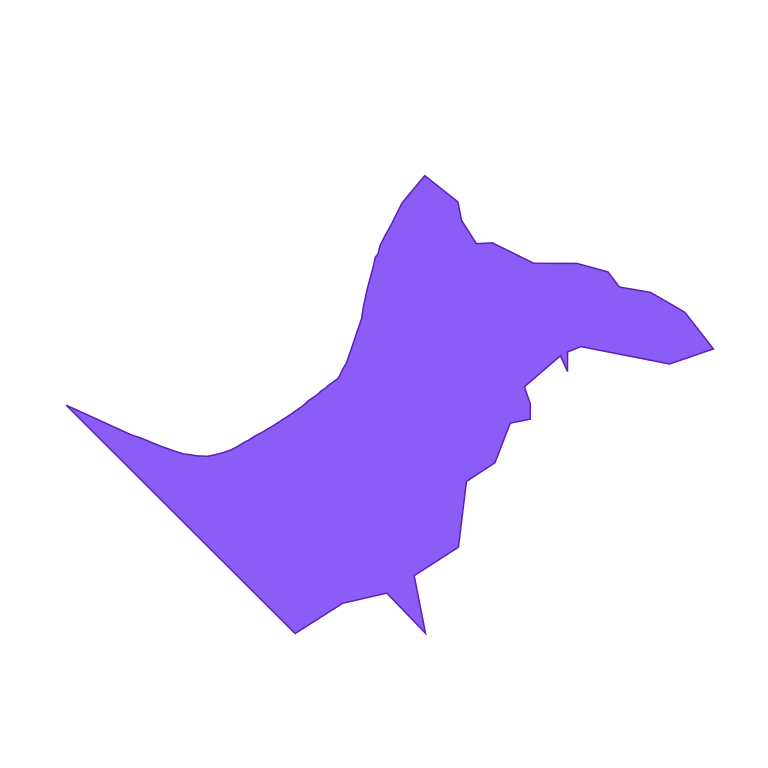 the district of Aweil North, Northern Bahr el Ghazal, South Sudan, rotated 310°
{"feature_id": "79223893B62952270667029", "entity_name": "Aweil North", "entity_type": "district", "adm_level": 2, "iso_a3": "SSD", "parent_name": "South Sudan", "parent_adm1": "Northern Bahr el Ghazal", "projection": "natural_earth1", "projection_center": [26.779, 9.406], "detail": "fine", "context": "isolated", "style": "filled", "palette": "violet", "viewbox_px": 768, "rotation_deg": 310, "n_neighbors": 0, "source": "geoboundaries", "source_scale": "gbopen_adm2", "svg_char_len": 1071}
<svg xmlns="http://www.w3.org/2000/svg" viewBox="0 0 768 768"><g transform="rotate(310 384 384)"><path d="M622.6,613.8L632.3,568.3L625.5,529.3L609.6,502.0L613.8,483.5L600.4,454.3L572.7,421.1L561.8,376.3L550.9,364.6L559.2,338.2L571.0,323.6L569.8,281.3L569.4,281.3L552.4,281.3L533.9,281.5L509.9,287.3L498.0,289.5L487.5,292.0L479.6,295.8L475.4,295.8L468.1,299.8L445.1,310.5L429.2,319.0L419.3,325.0L405.8,330.1L393.0,335.2L375.8,341.7L370.0,342.6L359.1,345.3L346.8,342.2L343.6,341.9L338.6,340.4L332.8,339.7L328.2,338.4L322.7,336.8L315.4,335.9L307.1,333.7L301.0,332.1L280.7,325.9L268.0,321.4L261.0,318.5L253.7,316.3L250.2,314.7L240.6,311.4L234.9,308.9L226.7,304.0L221.9,300.5L215.5,295.6L208.5,286.6L203.7,278.4L202.7,277.1L201.7,275.7L197.3,265.0L192.6,252.1L185.9,231.1L182.8,223.8L163.5,154.2L135.7,476.3L189.5,493.3L225.6,520.5L219.7,576.1L256.6,530.3L306.9,545.9L362.3,509.8L395.0,519.6L435.2,505.9L451.1,518.6L462.9,508.8L472.1,493.3L519.0,501.0L511.5,516.6L526.6,504.0L539.2,510.8L582.8,589.8L622.6,613.8Z" fill="#8b5cf6" stroke="#5b21b6" stroke-width="1.5"/></g></svg>